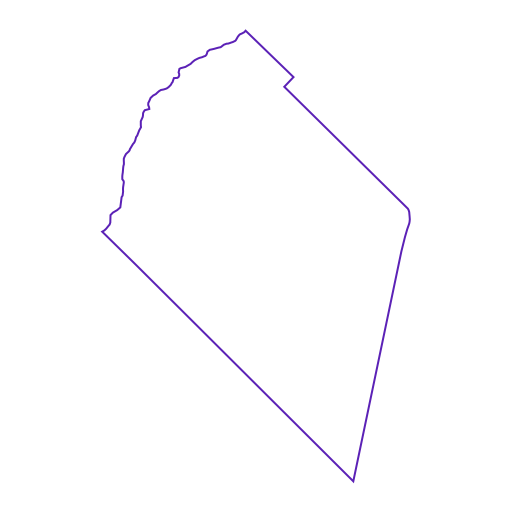 outline of Ituzaingó, Buenos Aires, Argentina
{"feature_id": "61730980B5073290621442", "entity_name": "Ituzaingó", "entity_type": "district", "adm_level": 2, "iso_a3": "ARG", "parent_name": "Argentina", "parent_adm1": "Buenos Aires", "projection": "robinson", "projection_center": [-58.708, -34.64], "detail": "fine", "context": "isolated", "style": "outline", "palette": "violet", "viewbox_px": 512, "rotation_deg": 0, "n_neighbors": 0, "source": "geoboundaries", "source_scale": "gbopen_adm2", "svg_char_len": 1658}
<svg xmlns="http://www.w3.org/2000/svg" viewBox="0 0 512 512"><path d="M102.2,231.7L135.2,264.1L353.3,481.3L364.3,428.7L401.4,251.3L405.0,236.9L407.2,229.3L408.9,224.5L409.3,223.2L409.6,221.5L409.8,219.4L409.6,216.5L409.2,212.0L408.7,210.3L407.9,208.7L284.3,86.8L293.5,77.1L245.6,30.7L244.3,32.2L242.8,33.0L241.5,33.7L240.3,34.1L239.3,34.9L237.9,36.6L236.6,38.9L235.9,40.1L235.3,40.8L232.9,42.0L231.0,42.6L229.7,43.1L228.1,43.6L226.6,43.7L223.9,44.7L222.2,46.0L221.5,46.6L220.6,47.2L218.6,47.6L216.4,48.2L214.3,48.8L212.2,49.3L209.8,49.8L207.5,51.5L206.9,53.6L206.4,54.8L205.4,55.9L203.7,56.5L202.1,57.2L199.4,57.9L197.6,58.7L194.7,60.2L192.4,62.1L190.6,63.9L186.6,66.2L185.5,66.9L180.6,68.2L179.4,68.9L178.6,72.5L179.2,73.9L179.2,75.6L178.4,77.2L177.3,77.9L173.9,78.1L173.0,80.7L172.6,82.0L171.6,83.3L171.0,84.6L170.3,85.4L169.6,86.1L168.6,87.1L166.8,88.4L165.8,88.8L163.5,89.5L160.9,90.0L159.1,91.1L157.5,92.5L155.8,94.1L154.5,94.8L153.2,95.5L150.6,97.9L149.8,99.8L149.0,101.6L148.3,102.9L148.2,105.0L149.1,107.3L149.3,109.0L144.8,110.2L143.8,111.6L143.1,113.1L143.0,115.2L142.7,117.0L140.8,121.2L140.8,125.4L141.0,127.2L139.2,130.4L137.2,135.6L136.1,137.1L135.2,140.5L134.3,142.5L133.0,144.0L129.9,149.2L129.6,150.3L128.9,151.3L126.0,154.0L125.4,155.1L124.4,157.1L123.8,158.7L123.8,160.5L123.9,162.8L123.9,164.2L123.4,166.0L123.2,167.5L122.8,172.4L122.5,174.3L122.3,176.1L122.3,179.2L123.7,181.2L123.8,182.6L123.1,187.3L123.0,189.2L123.1,191.5L122.6,195.6L121.6,197.2L121.1,201.2L120.3,207.4L117.2,210.1L112.9,212.6L110.5,215.1L110.3,222.5L109.6,224.6L108.7,225.6L106.2,228.7L104.4,230.4L102.2,231.7Z" fill="none" stroke="#5b21b6" stroke-width="2"/></svg>